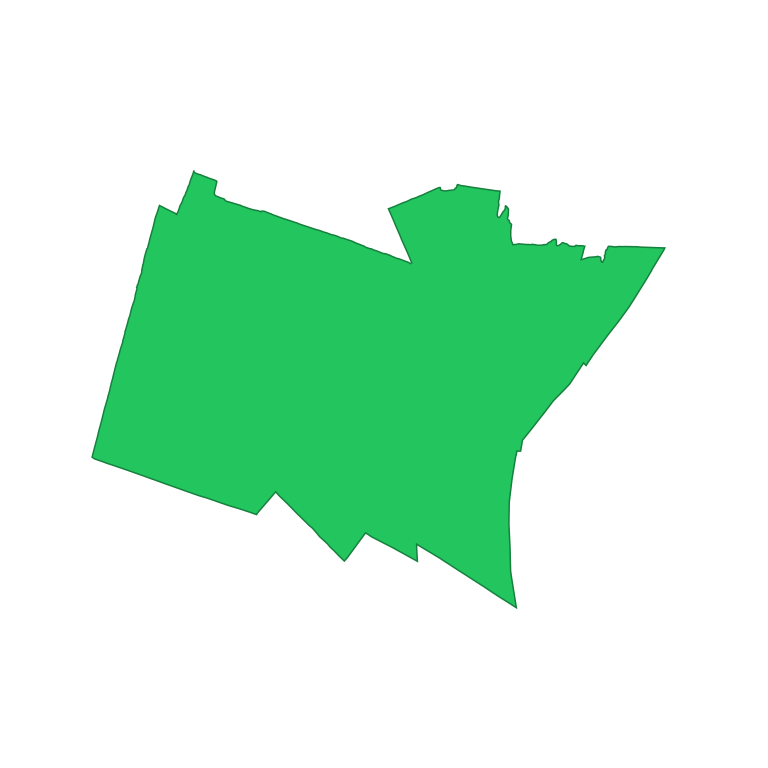 the district of Garla Mare, Mehedinti, Romania, rotated 260°
{"feature_id": "2599482B64149549222461", "entity_name": "Garla Mare", "entity_type": "district", "adm_level": 2, "iso_a3": "ROU", "parent_name": "Romania", "parent_adm1": "Mehedinti", "projection": "albers", "projection_center": [22.804, 44.221], "detail": "fine", "context": "isolated", "style": "filled", "palette": "green", "viewbox_px": 768, "rotation_deg": 260, "n_neighbors": 0, "source": "geoboundaries", "source_scale": "gbopen_adm2", "svg_char_len": 6163}
<svg xmlns="http://www.w3.org/2000/svg" viewBox="0 0 768 768"><g transform="rotate(260 384 384)"><path d="M578.3,285.3L580.7,280.6L581.9,278.6L583.4,275.8L583.9,275.0L585.0,273.5L587.7,267.9L588.8,265.9L591.0,261.2L591.9,259.8L592.4,259.5L592.9,259.3L593.6,259.0L594.5,257.8L595.7,255.3L597.3,253.0L598.8,250.6L599.9,250.2L601.0,250.0L602.0,250.1L612.3,254.5L612.7,254.5L612.9,254.4L614.1,252.8L617.6,246.5L618.4,245.5L619.1,244.0L622.1,239.3L622.5,238.2L623.6,236.2L624.2,235.4L624.6,234.8L625.1,234.1L625.7,233.8L626.1,233.7L627.3,234.0L625.3,232.9L623.9,232.3L622.7,231.5L618.5,228.9L616.1,227.8L615.7,227.5L614.0,226.8L612.8,225.6L612.3,225.4L608.7,223.4L606.4,221.8L605.3,221.4L602.0,218.7L598.4,216.8L596.1,215.0L595.0,214.1L594.1,213.5L593.1,213.2L589.2,210.9L586.9,209.2L587.0,209.0L587.7,208.9L594.1,200.1L598.8,193.9L591.6,190.1L588.3,188.1L585.2,186.7L578.4,183.8L567.6,178.6L565.6,177.8L558.6,174.6L558.4,174.1L556.7,173.1L552.5,171.1L549.4,169.7L544.9,168.1L542.9,167.1L537.5,165.0L536.9,165.0L536.3,164.9L535.1,164.3L531.5,162.0L528.8,160.9L528.0,160.4L525.1,159.1L524.1,158.1L523.5,158.1L522.9,157.8L522.3,157.2L522.1,157.1L521.6,157.4L520.9,157.3L520.2,157.0L515.1,154.6L512.3,153.7L510.8,153.1L508.7,152.1L505.5,150.2L504.6,149.8L503.6,149.2L500.7,147.8L496.0,145.8L493.9,144.7L492.7,143.9L488.4,142.0L482.3,139.0L480.9,138.2L480.6,138.0L479.9,138.0L479.3,137.8L476.4,136.5L471.8,134.2L470.1,133.7L464.2,130.5L459.8,128.5L454.3,125.8L453.3,125.4L451.3,124.2L439.6,119.0L436.5,117.7L432.0,115.5L430.5,115.0L428.2,113.8L427.1,113.5L425.4,112.8L419.5,109.9L418.7,109.7L417.5,109.1L407.6,104.2L396.6,99.4L388.0,95.3L381.0,92.3L374.9,89.4L363.7,84.3L362.7,83.8L360.5,86.0L352.8,99.6L346.4,111.4L338.0,126.3L322.9,152.7L311.9,172.1L306.2,182.3L302.7,189.3L291.4,209.6L286.7,219.0L280.8,230.0L277.5,235.8L279.0,237.1L296.6,258.6L292.1,261.4L282.5,268.4L270.9,276.3L257.2,286.1L254.8,288.2L250.5,290.9L244.8,294.1L236.5,300.5L232.4,302.8L228.7,305.7L222.1,310.1L216.5,314.2L219.6,318.0L233.1,332.1L240.5,339.9L238.8,342.0L235.6,345.2L221.8,363.5L203.6,386.1L215.5,387.5L220.6,388.3L216.5,392.9L203.5,407.9L190.0,422.3L168.0,446.1L159.6,454.9L154.1,460.8L140.7,475.5L171.6,476.0L177.8,476.2L201.0,479.7L224.4,482.7L245.8,486.8L267.9,493.5L290.3,501.3L291.3,502.0L294.8,503.1L294.2,506.9L304.6,510.6L313.1,520.4L329.8,539.0L338.0,547.8L347.0,560.5L351.8,566.9L370.1,584.2L367.1,586.2L376.2,594.8L392.8,612.4L405.2,626.2L416.9,638.3L425.7,646.4L441.8,660.8L449.2,667.2L450.0,667.6L467.3,682.8L469.2,684.2L474.4,659.8L475.1,657.7L475.8,654.1L477.5,645.4L478.1,641.3L478.4,640.5L478.5,640.0L478.6,638.7L478.8,637.2L478.7,636.5L478.9,635.2L480.2,631.1L480.6,628.9L478.9,627.6L478.5,627.5L477.4,626.6L477.4,626.2L478.0,626.2L474.8,624.6L474.4,624.7L474.0,624.9L473.4,624.5L472.3,623.5L471.9,623.3L471.5,623.3L471.3,623.5L470.6,623.4L469.9,623.1L469.4,623.1L468.8,622.7L468.5,622.3L466.9,621.0L465.9,620.5L465.9,620.4L466.2,619.7L466.4,619.5L467.0,619.3L469.2,619.1L470.3,619.3L471.1,619.3L471.3,619.2L471.3,618.9L472.4,617.2L472.6,616.2L472.5,614.5L472.6,612.9L472.7,612.7L473.1,608.5L473.1,606.7L472.5,602.6L472.3,601.4L472.2,599.8L474.9,601.0L479.3,603.1L481.6,604.0L484.8,605.7L484.9,605.1L485.4,604.3L485.5,603.7L485.6,603.2L485.8,602.7L486.0,601.5L486.2,600.6L486.3,599.7L486.5,599.0L486.8,598.6L487.2,597.2L487.1,596.7L486.7,596.7L486.4,595.5L486.6,594.8L486.7,593.6L487.1,592.6L487.3,591.4L488.3,589.9L489.2,589.3L490.4,588.1L490.8,587.0L491.2,586.2L491.8,585.4L492.0,585.0L492.2,584.3L491.8,583.2L491.3,582.7L490.7,581.8L490.4,580.9L490.1,580.2L490.1,579.8L490.2,578.5L490.7,578.0L491.0,577.9L494.0,578.5L496.6,578.5L496.7,578.4L496.9,577.0L496.7,575.8L496.3,574.4L495.6,573.5L495.2,572.7L495.0,571.6L494.3,570.0L493.5,569.1L493.3,568.3L493.2,567.1L493.4,566.1L493.5,565.4L493.3,563.9L493.4,562.7L493.6,561.8L494.1,559.0L495.0,557.0L495.4,555.2L495.7,554.8L495.8,554.0L495.8,553.2L495.8,551.8L496.3,550.8L496.6,548.6L497.1,546.6L497.5,545.6L498.0,543.2L498.5,541.9L498.6,540.8L498.6,539.2L498.5,538.4L498.8,536.2L498.8,535.5L498.8,535.1L499.1,534.9L499.4,534.9L500.9,534.8L502.4,534.3L507.7,534.5L513.3,535.5L517.9,537.0L518.9,537.3L519.5,537.1L520.7,535.9L523.3,535.7L524.5,534.5L525.3,534.3L529.0,535.8L534.4,536.9L535.4,536.7L536.7,536.0L537.9,535.2L538.3,534.6L537.6,534.2L536.1,534.1L534.3,532.9L532.7,530.9L528.7,527.5L528.1,526.5L528.1,525.8L529.3,524.9L531.2,524.9L535.8,526.4L540.5,528.3L541.3,528.2L543.2,528.5L544.1,528.3L545.4,529.3L547.4,530.0L549.7,530.5L551.0,531.0L553.4,531.7L554.0,531.6L553.9,531.1L555.3,526.4L563.1,502.9L564.9,498.0L565.4,496.2L566.4,493.4L567.4,491.8L567.6,491.0L567.3,490.7L566.7,490.3L565.1,489.6L564.8,489.2L564.6,488.9L564.4,488.1L564.2,487.9L563.8,487.6L563.1,487.0L563.0,486.6L563.4,481.2L563.3,479.9L563.5,477.5L564.6,474.7L565.1,473.8L565.4,473.5L567.5,473.6L567.8,473.4L567.9,473.1L567.8,472.0L567.1,468.5L566.2,465.3L565.4,461.8L564.6,458.8L563.4,454.6L563.3,454.0L563.2,453.1L562.8,451.2L562.0,448.2L561.5,444.9L561.3,443.2L560.7,441.1L559.8,438.1L559.6,437.1L559.5,436.1L559.2,434.2L557.1,425.4L556.6,422.8L556.0,420.0L555.9,418.8L555.4,418.9L545.6,421.3L538.8,422.8L527.6,425.5L523.6,426.3L508.9,430.0L504.6,431.0L503.4,431.2L498.5,432.4L497.9,430.9L498.8,430.1L499.7,429.0L502.3,424.5L503.0,423.4L504.8,420.2L505.8,417.8L507.1,416.1L507.2,415.7L508.9,413.2L509.5,412.6L510.0,411.8L510.2,411.3L510.7,410.4L511.0,410.0L512.1,408.0L512.4,406.6L513.1,405.1L515.6,401.1L516.2,400.2L517.2,398.4L517.6,397.3L519.3,395.1L519.6,393.8L520.5,392.2L521.1,391.0L521.7,389.9L522.3,389.2L523.3,388.2L524.4,386.4L525.1,385.1L525.5,384.6L527.4,381.3L530.1,377.5L532.1,373.8L533.4,371.3L534.5,369.6L534.8,368.5L535.2,367.5L535.3,366.9L536.0,366.1L537.5,363.8L538.4,362.3L539.8,359.4L540.0,358.5L542.9,353.6L543.5,352.4L543.8,351.6L546.8,346.4L547.4,344.8L553.8,333.0L555.3,330.1L556.5,328.0L557.8,326.1L558.6,324.4L561.6,319.0L562.2,317.7L563.7,315.1L564.1,314.1L565.8,311.3L566.6,309.7L567.2,308.8L569.5,304.7L570.3,303.4L571.0,302.6L571.2,302.1L573.9,297.7L574.5,296.9L574.8,296.2L575.4,294.6L575.5,293.7L575.5,293.2L575.0,292.7L576.5,290.2L578.3,285.3Z" fill="#22c55e" stroke="#15803d" stroke-width="1.5"/></g></svg>